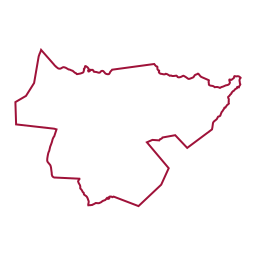 San Lucas, El Paraíso, Honduras
{"feature_id": "27666195B72821364591060", "entity_name": "San Lucas", "entity_type": "district", "adm_level": 2, "iso_a3": "HND", "parent_name": "Honduras", "parent_adm1": "El Paraíso", "projection": "natural_earth1", "projection_center": [-86.925, 13.744], "detail": "fine", "context": "isolated", "style": "outline", "palette": "rose", "viewbox_px": 256, "rotation_deg": 0, "n_neighbors": 0, "source": "geoboundaries", "source_scale": "gbopen_adm2", "svg_char_len": 5409}
<svg xmlns="http://www.w3.org/2000/svg" viewBox="0 0 256 256"><path d="M41.1,49.9L40.1,52.8L39.7,53.5L39.4,54.4L38.7,56.3L34.1,83.0L26.0,95.9L15.4,102.1L16.1,124.4L54.2,128.7L56.5,129.4L54.2,136.4L53.6,137.1L53.3,137.7L52.6,139.3L52.0,141.7L51.4,143.5L50.8,145.1L50.2,146.6L49.3,150.5L49.2,150.9L48.7,151.9L48.2,153.4L47.7,155.9L47.3,158.4L47.2,160.3L47.3,161.1L47.5,161.5L47.7,162.0L48.1,162.5L50.1,164.9L50.4,165.4L50.6,166.0L51.0,167.5L51.4,170.7L51.7,172.8L51.8,174.7L52.1,175.4L52.4,176.3L52.8,176.7L53.5,177.2L54.2,177.5L79.4,178.7L79.5,179.0L79.4,179.2L79.0,179.6L78.4,180.6L78.2,181.1L78.1,181.5L78.8,183.3L79.8,184.9L80.0,185.4L80.2,186.0L80.3,186.8L80.3,187.3L80.2,188.0L80.3,188.4L80.5,188.7L81.2,189.4L81.7,190.0L82.2,190.9L82.6,191.8L83.0,192.3L83.4,192.5L83.7,192.8L83.8,193.2L83.9,194.2L84.0,194.5L84.5,194.9L85.6,195.7L86.3,196.2L86.9,196.9L87.4,197.8L87.8,198.8L88.2,200.0L88.6,201.0L88.7,201.5L88.7,201.9L88.6,202.7L88.5,203.4L88.3,203.9L88.2,205.0L88.3,205.2L88.6,205.0L88.8,205.0L89.5,205.2L90.0,205.2L92.3,204.9L92.6,204.6L93.3,204.4L95.8,203.0L97.9,203.2L98.6,203.2L99.2,203.1L101.3,202.1L102.2,201.3L102.8,200.9L103.0,200.9L104.4,200.3L105.1,200.1L105.4,199.9L106.0,199.2L106.7,198.3L107.2,197.8L107.5,197.8L107.7,198.1L107.7,198.3L107.5,198.5L107.5,198.8L108.1,198.9L108.6,198.7L109.0,198.6L109.2,198.4L109.3,198.1L109.2,197.8L109.1,197.4L109.1,197.0L109.3,196.8L109.5,196.7L110.1,196.5L110.5,196.7L111.1,196.6L111.7,196.7L111.8,196.8L112.1,197.1L112.4,197.2L112.7,197.1L113.6,196.6L113.9,196.7L138.5,206.1L161.2,184.7L168.7,168.2L146.9,142.3L152.4,139.9L159.3,140.4L159.6,139.9L159.8,139.5L160.1,139.2L160.8,139.0L161.8,138.4L162.3,137.9L162.5,137.5L175.2,135.2L187.2,147.9L212.0,129.4L212.4,127.4L213.0,123.0L213.3,122.3L214.0,121.4L216.6,119.3L217.1,118.6L217.6,117.5L218.1,116.7L218.4,116.6L219.8,116.1L220.2,115.7L220.4,115.5L220.5,114.9L220.8,114.2L221.2,113.2L221.5,112.4L221.7,112.0L222.3,111.4L222.8,110.6L223.7,109.2L224.1,108.7L224.3,108.3L224.3,107.9L224.4,107.7L224.5,107.6L225.0,107.6L225.4,107.6L225.5,107.5L225.5,107.2L226.0,106.6L227.0,105.2L227.5,104.7L227.9,104.5L228.4,104.1L228.6,103.9L228.9,103.5L228.9,103.3L228.7,103.0L228.6,102.2L228.6,101.9L228.8,101.3L228.7,100.5L228.8,99.7L228.8,99.4L228.7,98.8L228.3,98.1L228.2,97.6L228.1,97.1L228.2,96.9L228.6,96.5L229.4,95.8L229.8,95.3L230.2,94.6L230.9,94.1L231.3,93.6L231.4,93.4L231.4,93.1L231.8,92.7L232.1,92.1L232.6,91.6L232.8,91.3L233.3,91.1L233.8,90.8L235.1,89.3L235.4,89.0L236.9,88.3L237.1,87.9L237.1,87.7L237.0,87.4L237.1,87.2L237.4,86.9L237.8,87.0L238.8,87.4L239.0,87.1L239.1,86.5L239.3,86.1L240.1,84.9L240.3,84.5L240.2,84.3L240.2,84.0L239.8,83.0L239.8,82.1L239.5,80.9L239.5,80.3L239.6,79.7L239.8,79.0L240.2,78.2L240.6,77.9L240.6,77.7L239.2,76.6L238.4,76.3L237.8,76.2L236.1,76.4L235.4,76.3L234.9,76.1L234.6,76.1L234.4,76.2L234.2,76.5L234.0,77.4L233.7,78.2L232.5,79.0L231.6,79.8L231.3,79.9L230.8,79.9L230.6,79.8L230.2,79.6L229.8,79.5L229.5,79.5L229.4,79.6L229.3,79.9L229.3,80.3L229.8,82.1L229.9,82.5L229.8,82.9L229.6,83.4L229.2,84.0L228.8,84.4L228.1,84.8L227.6,85.0L225.7,85.4L223.5,86.4L222.4,86.8L221.5,87.0L220.0,87.9L219.9,87.9L219.5,87.7L218.9,87.4L218.0,87.2L217.3,87.0L216.8,87.0L215.4,87.1L214.7,87.2L214.3,86.8L214.0,86.6L212.9,86.0L211.8,85.8L210.4,85.6L209.3,85.1L209.1,84.8L208.9,84.6L208.8,82.9L208.6,82.2L208.6,81.8L208.9,80.6L208.9,80.4L208.8,80.2L208.1,79.9L201.9,77.2L201.2,76.8L200.9,76.7L199.8,75.5L198.6,74.0L198.3,73.8L198.1,73.7L197.8,73.7L197.5,74.0L195.4,74.8L195.1,75.0L194.6,75.4L194.1,76.3L193.5,77.1L193.3,77.3L192.2,77.8L190.7,78.4L189.5,78.8L188.8,78.9L188.4,78.9L188.1,78.7L185.4,76.8L183.6,75.8L183.2,75.8L182.7,76.0L181.4,76.7L180.0,77.2L179.2,77.3L178.5,77.3L178.0,77.2L177.6,77.0L177.4,76.6L177.1,76.2L176.7,75.9L176.4,75.7L175.9,75.7L175.4,75.8L173.7,76.0L172.6,76.0L172.1,76.0L171.6,75.7L170.9,75.5L170.3,75.6L169.9,75.8L169.7,75.7L167.2,74.2L166.9,74.1L166.2,73.9L165.9,73.8L165.6,73.8L165.4,73.9L165.2,74.2L164.8,74.3L163.6,74.3L163.0,74.2L161.8,73.9L160.9,73.8L160.4,73.7L160.2,73.6L159.5,73.0L159.1,72.7L159.0,72.4L158.9,72.3L158.9,72.1L159.2,71.0L159.2,70.8L159.1,70.6L158.8,70.5L158.7,70.4L158.4,70.4L157.5,69.3L157.4,68.4L157.4,67.3L157.3,66.7L157.2,66.6L156.8,66.5L156.3,66.3L155.8,65.9L155.4,65.5L154.6,64.5L154.2,64.0L112.1,69.7L111.7,70.3L110.7,71.3L110.2,72.0L110.0,72.3L109.7,73.1L109.3,73.7L109.1,73.9L108.8,74.1L108.1,74.2L107.6,74.2L107.0,74.1L106.3,73.9L105.8,73.7L105.3,73.4L104.9,72.9L103.4,71.2L103.0,71.0L102.5,70.9L101.9,70.9L101.3,71.1L100.8,71.5L100.3,72.1L99.9,72.5L99.6,72.7L99.2,72.7L98.6,72.7L96.3,72.0L94.1,71.8L93.8,71.6L93.6,71.0L93.4,70.6L93.0,70.4L92.7,69.9L92.0,69.8L91.4,70.0L91.2,70.0L90.8,69.8L90.4,69.8L90.2,70.0L90.0,70.7L89.7,71.1L89.1,71.4L88.8,71.5L88.6,71.5L88.4,71.4L88.3,71.2L88.2,71.0L88.1,70.7L88.2,70.3L88.8,69.9L89.0,69.7L88.9,69.4L88.7,68.9L88.0,67.9L87.6,67.4L86.8,66.8L85.7,66.1L85.3,66.1L85.1,66.4L84.5,68.6L84.4,68.7L84.1,68.7L83.9,68.9L83.9,69.4L84.0,69.8L84.0,70.0L83.5,71.9L83.2,72.3L82.7,72.7L80.5,73.5L77.3,74.1L76.8,74.1L76.6,74.0L76.3,73.5L76.1,73.3L75.8,73.1L75.0,72.8L73.9,71.9L73.0,71.1L72.7,70.8L71.7,70.5L69.7,69.6L69.3,69.5L68.8,69.5L68.5,69.4L65.8,67.8L64.7,67.4L63.8,67.2L63.3,67.2L62.9,67.3L62.5,67.5L61.8,67.9L61.1,68.3L60.4,68.6L60.1,68.7L59.6,68.7L59.0,68.6L58.4,68.5L57.9,68.2L56.1,66.8L55.9,66.6L55.5,66.1L54.9,65.7L54.7,65.5L54.2,64.8L41.1,49.9Z" fill="none" stroke="#9f1239" stroke-width="2"/></svg>